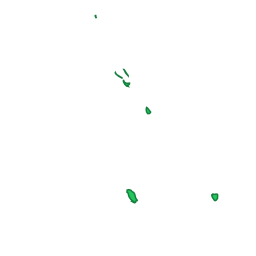 the Federal Dependency of Dependencias Federales, rotated 54°
{"feature_id": "VEN-44", "entity_name": "Dependencias Federales", "entity_type": "Federal Dependency", "adm_level": 1, "iso_a3": "VEN", "parent_name": "Venezuela", "parent_adm1": "", "projection": "orthographic", "projection_center": [-66.343, 11.477], "detail": "fine", "context": "isolated", "style": "filled", "palette": "green", "viewbox_px": 256, "rotation_deg": 54, "n_neighbors": 0, "source": "natural_earth", "source_scale": "10m", "svg_char_len": 1383}
<svg xmlns="http://www.w3.org/2000/svg" viewBox="0 0 256 256"><g transform="rotate(54 128 128)"><path d="M190.8,163.0L191.3,163.0L191.9,163.0L192.1,163.3L191.5,164.0L192.6,165.6L192.4,166.6L191.3,167.3L189.6,168.0L189.8,167.3L190.0,167.0L188.6,167.5L187.3,167.7L184.5,167.6L183.1,167.2L181.7,166.6L180.5,166.2L179.4,166.6L177.7,165.2L178.4,163.5L180.2,162.2L181.8,162.1L183.5,161.3L185.2,161.4L188.8,162.8L189.5,163.0L190.8,163.0ZM234.3,94.6L235.2,95.1L237.4,96.8L237.8,97.6L238.2,98.9L238.1,100.0L237.4,100.6L234.4,100.5L232.7,100.2L231.4,99.6L231.6,99.0L231.7,98.9L231.6,98.7L231.3,98.1L232.3,97.4L233.4,95.3L234.3,94.6ZM126.7,100.4L128.3,100.3L128.7,100.8L128.9,102.2L127.9,103.6L125.9,103.5L123.7,102.4L122.3,100.9L123.3,100.5L124.6,100.4L126.7,100.4ZM93.1,103.4L94.1,103.4L94.5,103.4L93.2,104.5L90.7,104.9L88.0,104.5L86.3,103.4L88.4,103.9L90.0,103.6L91.4,102.4L92.6,100.4L93.2,100.9L93.5,101.7L93.5,102.5L93.1,103.4ZM84.2,97.1L85.5,97.0L85.8,97.2L84.0,97.4L83.7,97.4L82.8,97.6L81.6,97.4L80.9,97.4L80.4,97.2L78.3,97.0L78.5,96.8L84.2,97.1ZM83.0,103.7L84.0,103.3L84.6,103.3L81.3,104.8L80.9,105.1L78.9,105.6L78.3,105.8L77.5,106.0L75.9,105.9L75.7,105.6L77.2,105.8L78.2,105.7L78.6,105.6L78.8,105.5L83.0,103.7ZM19.0,88.6L19.7,88.7L20.5,89.0L19.8,89.1L18.5,88.8L17.9,88.6L17.8,88.3L18.0,88.0L18.4,88.1L18.7,88.4L19.0,88.6Z" fill="#22c55e" stroke="#15803d" stroke-width="1.5"/></g></svg>